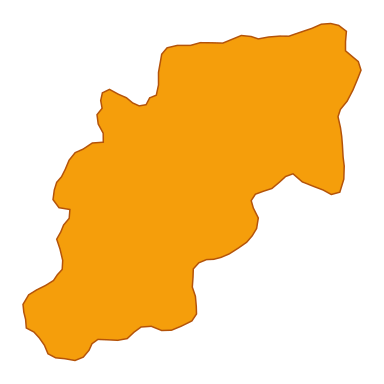 outline of Prudente de Morais, Minas Gerais, Brazil
{"feature_id": "56859067B84825617066138", "entity_name": "Prudente de Morais", "entity_type": "district", "adm_level": 2, "iso_a3": "BRA", "parent_name": "Brazil", "parent_adm1": "Minas Gerais", "projection": "albers", "projection_center": [-44.114, -19.47], "detail": "fine", "context": "isolated", "style": "filled", "palette": "amber", "viewbox_px": 384, "rotation_deg": 0, "n_neighbors": 0, "source": "geoboundaries", "source_scale": "gbopen_adm2", "svg_char_len": 1651}
<svg xmlns="http://www.w3.org/2000/svg" viewBox="0 0 384 384"><path d="M191.9,320.9L196.5,314.0L196.3,306.6L195.4,296.3L192.3,287.1L193.0,277.3L193.3,268.9L198.8,262.8L206.5,259.6L213.7,259.3L221.0,257.4L229.2,253.9L238.3,248.1L246.7,242.2L252.2,235.8L256.6,228.5L258.3,218.0L253.3,208.0L251.2,200.6L255.4,194.2L263.5,191.2L271.9,188.5L279.4,182.2L285.6,176.5L293.0,173.8L302.3,181.9L313.6,186.4L323.1,190.0L331.3,194.5L339.8,192.2L343.8,179.2L344.2,166.1L343.1,157.1L342.4,144.9L341.7,136.4L340.5,127.8L338.0,116.7L340.4,109.4L347.1,101.2L352.9,90.1L357.3,79.6L361.0,70.2L358.3,61.6L352.2,56.5L345.5,50.8L345.5,41.6L346.4,31.3L338.7,25.4L330.7,23.5L321.3,24.2L311.8,28.4L303.1,31.3L295.8,33.8L288.9,36.2L279.8,36.1L268.6,37.0L258.3,38.9L251.1,36.5L241.3,35.5L231.1,39.7L222.8,43.1L211.6,42.8L200.2,42.7L190.5,45.4L177.3,45.4L167.1,47.8L161.7,54.2L160.3,62.3L158.5,72.4L158.5,85.0L156.3,95.2L149.7,97.8L146.1,104.7L139.2,105.9L132.6,102.9L126.5,97.8L118.5,94.3L109.5,89.4L102.4,92.8L100.7,100.5L102.1,108.3L97.0,114.7L98.2,124.0L103.2,133.2L103.3,142.2L92.3,143.0L83.1,149.1L75.2,152.6L69.1,160.2L65.2,169.5L61.5,176.8L56.7,182.3L54.3,190.0L53.0,199.6L59.0,207.7L69.9,209.5L69.2,218.3L63.6,225.0L60.8,231.9L56.7,239.2L60.0,249.0L62.7,260.4L62.2,269.4L57.4,274.7L53.5,280.5L45.5,285.5L36.8,289.8L28.7,294.8L23.0,304.4L23.8,312.1L25.6,319.4L26.3,328.0L33.9,332.0L39.3,337.9L44.4,345.2L48.0,353.8L55.6,357.8L64.8,358.7L75.0,360.5L83.3,357.1L89.0,350.3L92.0,343.7L97.9,339.4L108.0,339.8L117.7,340.3L127.2,338.6L134.1,332.1L141.1,327.0L151.3,326.3L161.7,330.5L171.5,330.2L181.0,326.3L191.9,320.9Z" fill="#f59e0b" stroke="#b45309" stroke-width="1.5"/></svg>